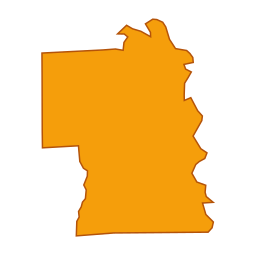 the district of União da Serra, Rio Grande do Sul, Brazil, rotated 182°
{"feature_id": "56859067B42000345551352", "entity_name": "União da Serra", "entity_type": "district", "adm_level": 2, "iso_a3": "BRA", "parent_name": "Brazil", "parent_adm1": "Rio Grande do Sul", "projection": "orthographic", "projection_center": [-52.035, -28.776], "detail": "fine", "context": "isolated", "style": "filled", "palette": "amber", "viewbox_px": 256, "rotation_deg": 182, "n_neighbors": 0, "source": "geoboundaries", "source_scale": "gbopen_adm2", "svg_char_len": 960}
<svg xmlns="http://www.w3.org/2000/svg" viewBox="0 0 256 256"><g transform="rotate(182 128 128)"><path d="M133.0,230.6L141.7,221.7L135.0,221.8L131.4,219.0L135.0,213.4L135.6,205.5L143.3,206.5L156.0,205.1L216.6,199.9L215.7,177.9L213.6,121.8L212.8,105.2L176.9,108.5L175.0,92.9L171.1,86.2L167.0,83.8L167.0,78.4L170.2,69.5L167.6,64.7L168.1,55.9L170.9,52.3L172.0,47.5L174.5,42.9L173.7,37.3L175.9,32.9L175.9,18.4L138.7,22.6L44.3,26.7L40.5,31.2L39.4,37.0L47.2,44.3L50.9,55.6L40.3,56.7L47.4,62.2L48.7,66.4L48.3,73.5L57.3,76.4L62.6,85.0L59.0,93.9L55.6,97.0L50.2,100.2L48.2,105.9L54.5,109.8L62.7,122.2L54.5,138.0L54.1,142.6L59.0,147.7L66.3,160.5L72.7,157.5L73.0,163.0L73.0,174.7L69.7,180.5L66.7,186.2L72.5,188.9L74.3,193.5L65.1,195.8L65.7,200.7L68.7,204.6L72.1,207.5L83.3,209.0L89.6,218.0L93.8,230.3L97.0,234.9L103.0,237.4L107.1,237.6L114.2,232.7L108.9,224.4L108.6,220.0L118.5,225.1L126.9,227.3L133.0,230.6Z" fill="#f59e0b" stroke="#b45309" stroke-width="1.5"/></g></svg>